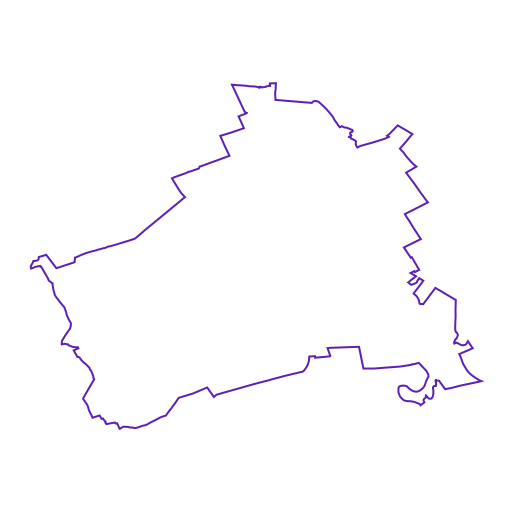 the district of Pascani, Iasi, Romania
{"feature_id": "2599482B39664970554160", "entity_name": "Pascani", "entity_type": "district", "adm_level": 2, "iso_a3": "ROU", "parent_name": "Romania", "parent_adm1": "Iasi", "projection": "equal_earth", "projection_center": [26.726, 47.253], "detail": "fine", "context": "isolated", "style": "outline", "palette": "violet", "viewbox_px": 512, "rotation_deg": 0, "n_neighbors": 0, "source": "geoboundaries", "source_scale": "gbopen_adm2", "svg_char_len": 5987}
<svg xmlns="http://www.w3.org/2000/svg" viewBox="0 0 512 512"><path d="M92.5,417.7L99.6,415.5L101.5,418.8L103.0,418.5L103.5,419.4L105.7,421.9L105.4,422.8L106.0,423.7L106.4,424.1L114.8,422.5L114.9,422.9L115.1,423.2L115.5,423.5L116.3,423.6L117.2,423.3L119.6,428.8L120.5,428.6L121.3,427.8L122.6,427.1L123.6,426.7L127.7,426.9L129.5,427.4L133.0,427.6L135.0,428.1L137.4,427.6L142.8,425.7L145.3,425.2L146.9,424.6L150.9,422.3L155.2,420.2L160.0,417.6L162.2,416.7L166.0,415.5L167.0,414.0L169.3,410.8L171.6,408.0L172.0,407.3L173.9,404.9L176.2,401.5L178.5,398.2L178.9,397.8L193.2,393.4L207.2,387.5L213.9,397.0L216.8,394.5L217.2,394.5L254.6,383.9L269.0,380.2L274.2,378.7L286.4,375.5L302.8,371.6L303.4,371.2L304.3,370.2L305.7,368.3L307.0,366.3L308.2,363.4L308.9,361.0L309.0,359.9L309.3,356.5L315.1,356.2L315.2,357.7L324.3,356.9L329.9,356.3L330.3,355.9L327.5,348.1L330.7,347.8L359.0,346.8L363.4,368.5L374.5,368.5L388.7,367.4L394.3,367.0L400.7,366.5L407.7,365.4L411.7,364.7L411.8,364.4L414.6,364.0L418.8,362.9L426.2,370.7L427.5,372.9L428.4,374.7L428.4,376.9L427.7,377.8L426.0,381.5L425.5,383.2L425.0,384.6L424.3,386.3L422.9,388.1L421.0,389.8L418.9,391.1L416.7,391.7L414.5,391.5L413.3,391.1L411.2,390.1L408.8,388.3L407.3,386.7L406.3,386.0L404.8,385.7L402.9,385.6L401.2,385.8L400.1,386.1L399.2,386.6L398.5,388.0L398.4,392.3L400.1,396.6L401.8,398.5L404.0,400.4L406.9,401.1L409.8,401.2L412.9,401.6L414.6,402.0L419.7,404.0L420.6,405.3L424.4,402.3L423.8,401.2L423.6,400.5L423.6,399.9L424.0,399.1L424.7,398.4L425.4,397.9L425.9,397.3L425.9,395.4L426.2,395.5L426.8,396.4L428.2,398.0L428.8,398.5L429.1,398.6L430.4,398.8L430.9,398.7L431.3,398.5L431.7,398.1L432.1,397.7L432.5,397.1L432.8,396.3L433.4,393.6L433.3,392.8L433.4,391.6L433.2,389.6L433.0,388.0L433.0,387.4L433.5,386.5L434.0,386.0L435.9,385.9L436.1,382.3L435.4,380.6L435.6,380.3L435.8,380.0L436.2,380.0L436.6,380.1L436.9,380.5L438.9,380.7L439.3,381.1L440.5,382.8L445.2,389.2L452.8,387.6L456.7,386.6L459.1,385.9L476.7,382.2L477.2,382.0L477.6,382.1L481.3,381.1L480.0,380.6L476.4,378.5L472.3,375.6L470.1,373.8L468.4,372.0L467.3,370.7L465.1,367.2L463.6,364.7L462.9,363.3L462.0,360.9L461.2,358.4L460.3,356.1L459.2,354.1L472.7,348.3L467.9,341.2L466.7,343.4L466.2,344.1L465.5,344.7L463.0,345.3L461.8,345.2L460.9,344.9L457.4,343.0L456.7,342.7L455.3,343.1L454.3,343.6L454.1,343.1L454.1,342.4L454.9,340.7L455.2,339.6L456.5,338.5L457.1,337.5L457.9,334.8L456.9,332.6L455.8,331.9L455.6,331.5L455.3,330.0L455.2,327.4L455.4,320.5L455.6,316.1L455.5,309.5L455.8,300.0L435.4,287.9L423.2,304.2L421.9,303.9L420.6,304.1L420.3,304.1L419.8,303.8L419.4,303.2L419.0,300.5L417.9,298.3L417.2,297.0L416.5,296.0L415.5,295.2L414.4,294.3L413.6,293.5L419.7,285.6L423.3,280.7L419.2,278.2L417.5,280.6L416.7,282.5L415.4,283.3L411.4,284.8L411.0,284.4L410.6,284.4L410.0,284.0L409.1,283.2L408.8,282.6L408.3,282.4L411.0,280.1L416.0,276.3L410.6,273.0L414.3,271.1L415.0,272.1L419.2,269.9L411.8,257.2L410.8,257.7L403.9,247.5L407.8,245.5L420.8,239.1L413.6,228.1L410.0,222.1L406.7,217.2L404.9,214.1L427.9,202.4L426.1,200.1L420.6,192.7L413.8,182.9L406.1,172.7L416.4,166.6L413.4,164.2L412.4,163.2L406.8,157.0L405.0,154.7L403.9,152.9L401.5,150.4L399.9,148.6L406.2,141.5L410.3,136.4L412.4,134.1L405.2,129.7L402.3,128.1L397.7,125.4L389.3,134.1L387.1,135.8L388.8,136.9L384.9,138.7L373.2,142.4L360.2,146.0L359.5,146.4L357.4,147.5L356.6,146.4L356.3,145.9L355.8,144.2L355.7,143.8L355.8,142.5L356.0,141.7L356.0,141.4L355.7,141.0L354.4,140.0L352.9,139.4L351.7,138.7L351.1,138.6L350.9,138.3L350.9,137.9L350.7,137.5L350.4,137.3L349.1,137.1L348.9,137.0L349.0,136.8L349.4,136.7L350.1,136.5L351.0,135.9L351.3,135.6L351.1,135.0L350.4,134.6L350.0,133.1L350.6,132.4L351.8,132.1L352.3,131.2L352.8,130.9L352.3,129.9L349.5,128.9L348.8,128.5L347.5,128.0L346.9,127.8L344.2,127.4L341.9,126.2L339.7,127.3L334.2,119.5L332.8,116.7L330.3,113.6L326.4,109.1L323.9,106.6L319.6,102.7L318.5,101.8L317.6,101.4L316.3,101.1L315.4,101.0L314.6,101.0L313.3,101.4L312.3,102.3L311.8,102.9L275.5,99.9L275.2,95.3L275.2,92.4L275.6,89.8L275.9,83.2L269.9,83.4L269.8,83.8L270.1,85.1L270.1,85.9L268.4,85.9L267.3,86.2L265.6,86.8L262.2,87.4L261.5,87.3L261.1,86.9L260.9,86.8L259.6,86.8L259.5,87.3L259.7,87.6L259.2,87.8L258.0,87.1L256.0,86.6L249.0,86.2L246.6,85.8L241.5,85.4L238.7,85.3L232.0,84.7L244.7,111.9L245.3,112.3L246.8,112.9L246.7,113.2L238.6,116.4L243.9,128.2L230.7,132.7L220.3,135.9L225.4,147.4L229.5,155.8L200.2,166.5L199.7,166.5L198.9,168.5L189.2,171.8L188.5,171.7L188.2,171.8L187.1,172.6L184.2,173.7L174.4,177.2L172.0,178.3L174.2,182.1L179.7,190.9L181.5,193.4L185.0,197.2L184.1,197.8L176.4,204.2L165.5,213.2L145.3,229.8L136.0,237.8L134.6,238.8L129.3,240.5L112.9,245.5L110.0,246.3L108.3,246.5L107.4,246.9L106.3,247.5L105.1,247.9L104.3,248.1L102.9,248.3L100.8,249.0L97.0,249.9L96.3,250.3L94.7,250.7L90.3,251.8L85.1,253.4L79.5,255.7L78.4,256.3L75.6,257.5L75.0,257.6L74.6,262.2L56.4,268.2L46.2,254.8L44.8,255.3L38.8,257.0L38.6,259.1L38.5,259.5L37.2,260.5L36.5,260.7L33.4,261.0L33.4,261.3L32.9,262.5L31.4,265.0L30.8,266.3L30.7,267.2L31.1,268.6L35.7,266.8L40.1,265.9L40.6,266.8L41.2,266.7L48.5,279.4L48.5,280.0L48.7,280.4L49.3,281.0L50.1,281.5L51.9,283.0L52.6,283.3L52.5,283.9L52.5,284.7L52.9,286.2L53.1,288.0L53.7,291.1L54.2,292.2L54.7,294.7L55.5,296.1L56.6,297.7L58.6,300.1L58.7,300.5L63.3,306.1L64.5,307.5L64.8,308.7L65.5,310.4L66.3,312.6L66.4,313.5L66.8,315.1L68.1,317.9L68.7,319.4L70.8,323.0L70.9,323.5L70.8,325.5L70.7,326.3L70.4,327.1L70.3,327.9L69.8,329.1L69.0,329.9L67.6,332.1L65.9,334.4L62.2,340.5L61.8,342.0L61.7,343.2L61.8,344.4L64.5,343.8L68.1,344.4L68.2,345.0L68.5,345.3L70.6,346.0L72.6,346.9L77.3,347.4L77.9,347.3L78.4,348.3L73.7,350.4L77.4,356.9L78.9,357.1L79.3,357.3L79.6,357.6L81.0,359.6L83.3,362.2L84.6,363.2L85.5,363.8L89.3,367.7L89.7,368.6L89.9,369.4L90.3,370.0L90.8,370.2L92.2,373.3L93.2,376.0L93.4,377.3L93.3,377.9L93.7,378.4L93.9,378.5L94.2,379.2L83.1,398.4L83.2,399.1L84.2,400.4L86.7,404.1L87.6,405.6L88.4,408.2L88.9,410.1L90.1,412.7L90.6,413.5L92.3,417.1L92.5,417.7Z" fill="none" stroke="#5b21b6" stroke-width="2"/></svg>